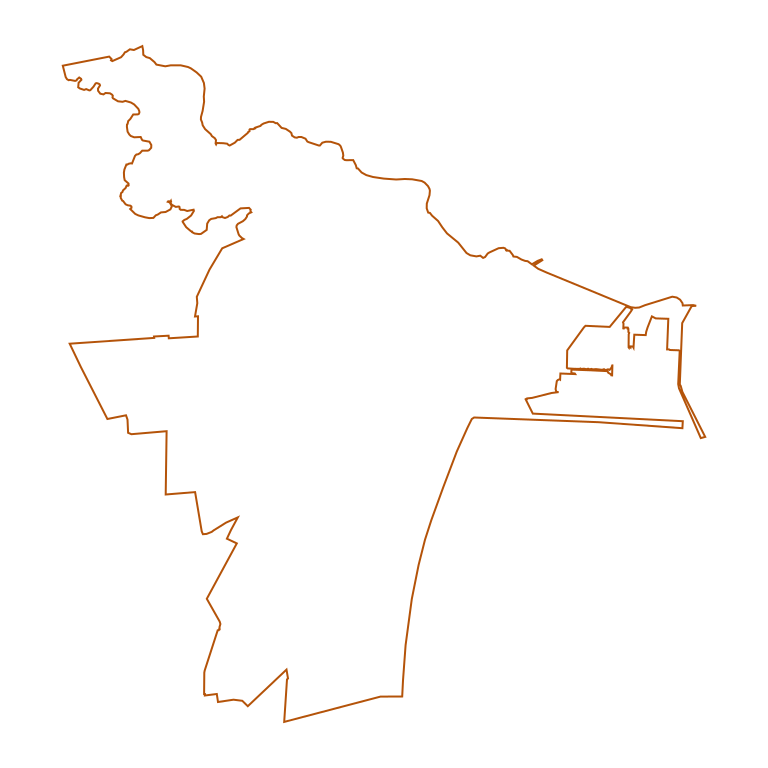 the district of Navodari, Constanta, Romania
{"feature_id": "2599482B88144558423890", "entity_name": "Navodari", "entity_type": "district", "adm_level": 2, "iso_a3": "ROU", "parent_name": "Romania", "parent_adm1": "Constanta", "projection": "equal_earth", "projection_center": [28.615, 44.33], "detail": "fine", "context": "isolated", "style": "outline", "palette": "amber", "viewbox_px": 768, "rotation_deg": 0, "n_neighbors": 0, "source": "geoboundaries", "source_scale": "gbopen_adm2", "svg_char_len": 6037}
<svg xmlns="http://www.w3.org/2000/svg" viewBox="0 0 768 768"><path d="M65.7,77.1L67.0,79.2L68.7,80.2L69.9,79.9L75.1,80.9L76.6,80.4L77.0,79.4L79.2,77.5L81.1,78.8L81.4,79.8L78.6,82.8L78.2,87.3L79.9,88.5L84.1,89.9L86.2,89.1L89.3,90.4L90.3,90.2L93.5,86.7L95.6,83.4L96.7,83.1L98.7,83.7L99.7,84.4L100.0,85.4L98.0,88.6L98.1,90.8L100.3,93.7L103.5,94.4L105.5,93.0L110.0,93.3L112.1,94.7L112.8,95.7L112.5,97.5L113.0,98.3L118.0,101.3L122.6,101.8L125.4,100.9L130.9,102.5L134.1,104.4L138.3,108.8L139.3,111.2L139.4,112.5L138.9,113.8L137.8,114.4L133.2,114.5L130.3,119.0L128.2,121.1L127.6,123.9L127.0,124.5L126.9,126.8L127.6,131.7L129.3,134.5L130.8,136.0L134.2,137.3L140.7,137.0L142.0,139.8L142.9,140.5L149.4,141.7L151.3,145.0L151.2,147.8L149.0,150.2L147.7,150.7L142.2,150.7L139.9,153.2L138.0,154.3L136.4,154.5L135.0,155.9L132.0,163.5L130.7,163.3L128.5,163.8L127.4,164.6L126.4,164.5L124.4,169.5L123.9,172.6L124.1,177.1L124.7,180.2L128.5,183.5L128.6,185.4L128.0,185.8L127.1,185.4L126.6,185.7L125.6,188.0L123.0,190.4L122.4,192.1L121.2,192.9L120.4,195.9L120.8,195.9L120.7,197.8L122.2,200.6L123.1,201.0L125.6,204.3L127.8,205.3L130.5,205.7L131.4,206.5L131.5,207.8L130.2,209.0L135.2,213.9L138.3,215.4L145.0,217.3L149.3,218.1L153.4,217.9L155.8,215.3L157.7,214.6L161.0,212.4L165.6,212.0L170.4,209.4L171.7,206.7L171.4,205.4L169.7,202.4L167.8,201.8L168.2,201.3L170.6,201.4L170.9,200.9L171.1,201.7L170.6,202.1L170.5,202.8L171.7,204.7L175.8,206.9L178.9,206.5L179.5,207.0L179.7,209.0L180.7,209.8L184.2,209.9L187.2,211.0L193.6,209.7L193.9,210.9L191.1,215.5L186.8,218.9L184.4,219.9L182.6,221.4L182.7,221.9L186.2,227.2L190.9,231.2L192.1,231.6L192.1,232.2L194.6,233.5L199.1,234.1L201.0,233.9L206.7,229.9L207.2,223.6L209.2,220.3L211.2,218.9L215.8,218.1L217.5,217.2L220.7,217.2L221.9,216.3L222.3,217.1L225.0,218.0L227.7,217.0L229.4,215.5L230.7,215.6L240.5,208.4L249.0,207.9L250.7,209.7L250.4,211.2L251.3,212.3L248.9,213.4L247.6,214.7L247.0,215.4L247.0,216.5L245.3,219.1L242.9,221.2L238.0,223.8L236.7,225.4L236.4,227.1L238.6,234.2L239.3,235.5L242.0,238.1L243.6,239.0L222.2,248.3L209.5,269.6L196.8,296.8L197.3,303.2L195.0,316.5L198.0,316.3L197.8,336.5L168.8,338.3L168.6,335.7L154.0,336.5L154.2,337.9L69.7,343.7L80.8,366.9L107.4,419.0L126.0,415.3L127.5,419.6L128.1,432.8L131.4,434.2L166.6,431.2L165.7,494.5L195.1,492.1L201.7,531.3L202.9,534.2L206.6,533.9L211.7,531.9L213.6,530.4L226.1,522.6L237.8,517.4L231.0,530.0L226.9,538.7L236.8,543.4L206.8,598.8L219.7,621.6L220.4,624.0L219.5,627.1L219.6,629.0L219.2,628.9L218.8,630.2L217.7,630.3L204.7,670.5L204.3,672.6L204.1,694.1L205.0,694.1L204.9,695.5L216.8,694.0L218.0,702.0L233.5,699.7L242.3,700.8L247.8,706.2L286.5,669.6L288.0,678.5L287.0,679.4L284.2,721.9L380.5,696.6L402.2,696.5L403.0,680.5L405.6,645.1L411.8,599.0L418.6,565.0L425.0,539.7L431.3,520.2L443.3,487.1L456.8,451.5L467.4,427.9L471.8,419.0L474.1,417.5L598.7,422.2L682.4,428.2L682.8,421.2L532.8,413.6L525.2,398.4L526.1,399.7L526.7,399.4L526.5,398.7L527.1,398.4L532.1,397.9L551.5,393.0L558.6,392.1L556.3,391.8L555.6,389.1L556.8,381.1L557.8,380.0L559.7,379.2L560.1,379.5L560.4,373.5L575.2,374.1L574.8,373.5L571.6,373.1L571.3,372.2L571.5,369.6L590.8,370.3L606.7,371.1L607.7,371.5L608.2,372.7L610.9,374.3L611.3,375.3L612.1,375.4L612.4,365.4L611.5,365.3L612.0,365.5L611.7,367.3L609.6,369.9L608.0,369.3L606.3,369.9L604.6,369.9L604.0,369.2L602.1,369.8L596.0,369.1L592.6,369.4L591.7,368.9L589.4,369.3L588.1,368.7L586.5,369.2L584.0,368.7L581.1,369.0L580.5,368.5L579.4,368.9L574.2,368.8L567.6,368.4L566.9,367.8L567.2,350.4L583.9,327.4L585.5,325.8L609.7,326.9L625.9,307.2L627.4,307.1L631.5,308.4L631.2,308.9L632.1,309.5L631.0,311.3L623.0,322.3L623.5,323.7L623.3,328.4L623.8,328.5L624.3,327.5L627.8,327.6L628.1,328.2L627.8,328.8L628.4,329.1L628.4,332.0L629.2,332.9L628.7,334.3L628.6,347.3L628.9,347.7L629.1,346.6L629.5,346.4L630.3,346.4L630.1,347.2L630.5,347.5L630.6,346.4L632.9,346.5L633.5,347.6L634.3,334.7L645.7,335.1L646.2,331.8L647.6,327.4L651.9,316.4L655.7,318.4L668.3,318.8L667.1,349.4L669.0,349.4L669.9,350.0L678.9,350.3L679.7,351.0L678.2,384.1L679.0,388.3L700.8,438.1L705.2,436.9L682.4,391.9L680.7,385.9L679.8,384.4L682.2,323.1L691.4,306.6L692.3,306.0L696.2,305.8L693.2,305.1L682.8,305.5L682.5,303.2L680.1,299.7L676.7,297.5L672.3,296.7L645.0,305.2L639.2,307.5L635.2,307.8L630.8,307.2L547.0,272.7L538.2,268.8L533.8,265.6L542.3,260.2L541.7,259.3L537.6,260.9L531.9,264.3L527.6,261.2L525.1,260.9L521.4,259.5L516.9,256.9L513.4,256.5L512.8,255.0L509.6,250.8L507.8,250.7L506.9,250.0L505.7,251.2L506.4,250.3L505.1,248.4L503.5,247.8L498.6,248.2L489.3,252.5L487.7,253.5L485.1,257.0L483.1,257.9L480.3,255.7L476.4,256.4L470.3,255.3L466.5,253.0L458.2,242.6L447.0,233.4L442.3,227.3L438.1,221.0L432.1,215.7L429.9,212.9L428.2,212.6L426.7,208.3L426.8,203.6L429.5,195.2L429.9,190.7L429.5,188.9L428.0,186.1L424.6,182.6L421.7,181.0L412.2,179.3L404.8,179.0L396.2,179.5L383.8,178.6L373.0,177.0L366.3,175.1L361.6,172.5L358.0,168.5L356.7,168.3L355.8,165.1L353.2,160.1L346.5,160.2L344.8,160.0L343.4,159.0L342.6,158.0L343.3,155.6L342.9,152.6L341.0,147.1L340.3,145.7L338.6,144.2L330.8,141.8L326.0,141.7L322.3,142.7L319.9,145.5L318.8,145.5L308.5,142.1L307.3,141.5L305.5,138.7L301.4,137.0L298.6,137.0L296.9,137.7L294.7,137.4L292.0,135.6L291.4,133.1L289.9,131.6L285.8,128.9L281.6,127.9L277.2,123.1L275.7,123.2L273.3,121.9L268.9,121.8L263.6,123.5L261.4,124.8L260.5,125.9L255.1,127.7L254.6,128.1L254.9,128.5L253.5,129.1L250.1,129.1L249.5,129.6L249.5,131.3L248.1,132.1L247.8,132.9L239.6,139.8L237.6,139.9L234.8,142.7L229.7,145.5L228.5,145.0L227.2,143.7L223.2,143.2L216.8,143.0L216.1,144.4L215.6,143.5L216.0,140.1L214.8,138.2L211.9,136.1L210.8,134.2L205.1,129.1L202.7,125.3L202.1,122.4L200.9,119.5L201.0,116.9L202.6,111.0L204.1,101.7L203.8,96.5L204.6,88.6L203.9,83.0L201.2,76.7L196.6,72.4L190.8,68.3L188.0,67.0L180.6,65.3L170.9,65.3L165.3,66.3L156.4,64.6L154.5,62.1L149.8,58.1L146.3,57.1L143.3,54.8L143.1,50.1L142.3,46.1L133.9,50.0L129.9,49.3L126.4,51.8L124.9,52.3L123.6,54.4L121.1,57.2L112.3,61.1L111.0,60.3L111.6,59.1L109.2,56.6L62.8,65.7L65.7,77.1Z" fill="none" stroke="#b45309" stroke-width="2"/></svg>